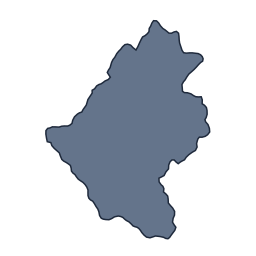 Monte Formoso, Minas Gerais, Brazil, rotated 183°
{"feature_id": "56859067B56618485834346", "entity_name": "Monte Formoso", "entity_type": "district", "adm_level": 2, "iso_a3": "BRA", "parent_name": "Brazil", "parent_adm1": "Minas Gerais", "projection": "robinson", "projection_center": [-41.271, -16.882], "detail": "fine", "context": "isolated", "style": "filled", "palette": "slate", "viewbox_px": 256, "rotation_deg": 183, "n_neighbors": 0, "source": "geoboundaries", "source_scale": "gbopen_adm2", "svg_char_len": 2708}
<svg xmlns="http://www.w3.org/2000/svg" viewBox="0 0 256 256"><g transform="rotate(183 128 128)"><path d="M100.3,19.5L97.4,20.6L94.9,21.6L90.3,21.3L86.7,20.7L84.6,19.7L82.3,19.5L80.7,20.9L79.5,22.9L77.7,25.6L75.9,28.3L75.0,31.4L76.8,33.6L78.6,36.3L78.2,40.2L77.0,43.4L77.1,47.2L79.2,50.4L81.6,52.8L83.8,55.2L84.2,59.2L84.8,62.1L86.8,64.2L89.2,66.0L89.0,69.3L90.1,71.6L92.0,73.1L94.1,75.8L94.5,79.5L92.5,80.6L89.5,82.4L87.8,86.2L85.4,89.3L85.4,93.2L84.2,96.5L82.4,98.4L80.2,98.5L78.3,96.6L76.0,95.0L73.9,96.8L71.7,98.2L69.9,99.2L68.4,101.8L65.9,104.5L62.5,107.2L59.5,109.1L58.0,112.6L58.7,116.0L58.2,118.5L57.6,120.8L56.3,122.6L53.5,122.7L50.5,123.7L48.2,125.4L46.2,128.3L46.7,131.9L48.3,135.6L50.8,138.2L51.6,140.4L50.5,142.5L49.7,145.9L50.0,149.7L50.8,152.6L52.8,154.7L55.2,156.1L55.3,160.0L56.5,163.0L59.3,162.7L62.0,162.8L64.3,163.8L66.9,165.4L70.5,166.3L73.6,166.3L75.5,167.5L75.9,170.8L76.4,174.2L75.0,177.1L73.5,179.0L71.9,182.1L70.1,185.0L67.7,187.3L65.1,189.9L63.1,192.2L60.8,195.1L58.8,197.3L57.0,198.6L56.6,201.0L57.6,203.2L59.3,204.9L61.8,206.0L64.9,206.2L67.9,206.4L70.8,206.2L73.8,205.8L76.4,206.1L78.1,208.4L79.6,212.2L80.9,215.5L81.5,218.7L81.9,222.2L82.5,225.3L84.7,227.0L87.1,226.3L89.6,224.9L92.1,224.9L94.2,226.5L96.1,227.9L98.4,229.2L100.9,231.7L102.9,234.5L105.1,236.5L108.1,236.5L109.7,233.9L110.7,230.9L112.0,228.6L112.1,225.3L113.6,223.2L115.7,221.2L118.2,219.7L119.4,217.3L120.8,214.0L122.4,209.8L124.1,206.3L127.2,208.5L129.7,210.9L132.8,211.7L135.4,211.1L137.7,208.8L139.5,206.1L141.2,204.3L143.1,201.7L144.9,197.9L146.6,195.5L147.8,192.7L148.5,189.7L149.0,187.4L150.5,184.9L151.6,182.4L150.0,180.1L148.3,177.8L150.2,175.4L153.5,173.7L155.2,172.2L157.2,170.7L159.3,169.9L161.5,168.4L163.4,165.4L165.8,163.8L165.6,161.0L167.3,158.1L169.5,154.4L170.2,151.4L170.9,148.6L172.4,146.3L173.8,144.1L175.0,141.5L177.3,140.6L179.2,139.3L182.0,136.4L183.6,132.9L184.2,129.6L186.4,127.7L188.4,126.8L191.5,126.7L194.3,126.3L196.9,125.3L200.4,125.3L203.6,125.2L205.9,124.0L208.2,123.4L209.8,121.1L209.7,117.7L208.9,113.8L207.9,110.1L204.3,109.4L203.1,106.4L200.6,103.8L197.7,101.5L195.3,99.6L194.1,96.6L192.5,93.2L190.5,91.6L187.8,90.3L185.6,89.0L183.6,87.6L182.7,85.0L182.2,82.0L180.5,80.0L178.6,78.8L177.0,76.6L175.0,74.3L172.3,72.6L170.2,71.4L167.9,69.3L166.0,66.8L164.7,64.0L164.6,61.5L164.4,58.4L163.4,55.8L161.7,54.2L159.4,53.1L157.5,50.6L155.7,47.8L153.9,45.5L152.7,42.8L151.8,39.1L150.0,36.5L148.0,35.7L145.4,35.4L142.2,35.4L139.7,36.6L136.8,38.6L133.1,39.6L130.5,39.2L128.4,38.4L126.7,36.9L124.9,35.6L122.1,34.3L119.5,32.1L117.9,30.5L115.9,29.8L113.9,29.4L112.0,28.3L110.2,26.4L108.8,24.4L106.4,21.9L103.8,20.0L100.3,19.5Z" fill="#64748b" stroke="#1e293b" stroke-width="1.5"/></g></svg>